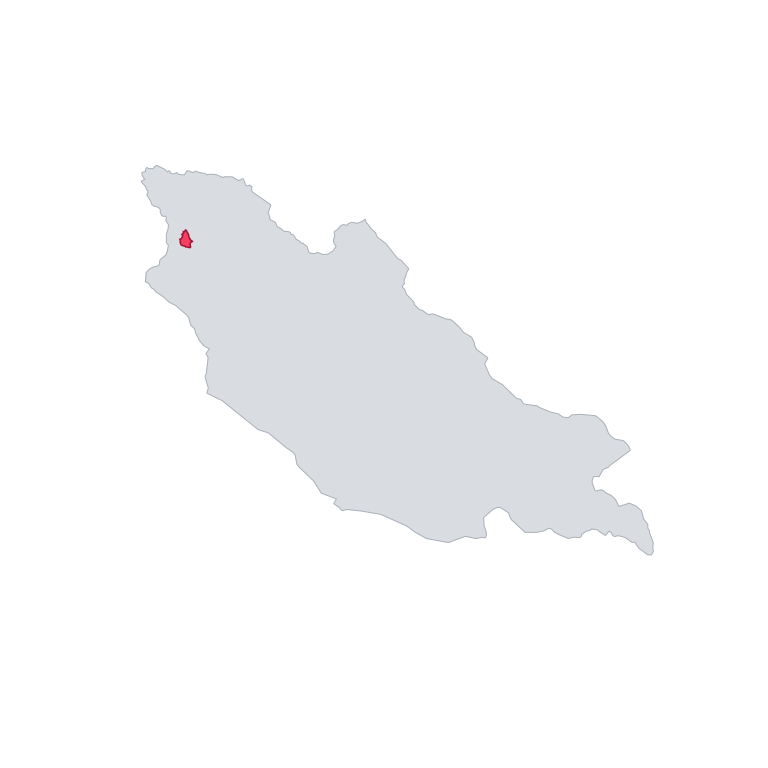 Duut, Hovd, Mongolia (highlighted), rotated 32°
{"feature_id": "93677404B66868147978654", "entity_name": "Duut", "entity_type": "district", "adm_level": 2, "iso_a3": "MNG", "parent_name": "Mongolia", "parent_adm1": "Hovd", "projection": "robinson", "projection_center": [91.265, 47.542], "detail": "fine", "context": "in_parent", "style": "filled", "palette": "rose", "viewbox_px": 768, "rotation_deg": 32, "n_neighbors": 0, "source": "geoboundaries", "source_scale": "gbopen_adm2", "svg_char_len": 4821}
<svg xmlns="http://www.w3.org/2000/svg" viewBox="0 0 768 768"><g transform="rotate(32 384 384)"><path d="M68.1,326.1L70.4,326.0L74.0,323.8L74.4,320.7L75.6,319.0L84.1,318.1L88.0,319.0L88.6,317.1L89.3,316.8L91.4,318.4L93.4,317.7L94.8,317.0L96.0,314.6L99.0,315.0L104.0,312.4L103.8,307.8L105.8,306.7L110.3,305.8L110.9,303.8L111.8,303.2L115.1,302.6L120.8,300.3L123.5,300.1L125.5,298.1L130.6,295.4L138.2,294.2L138.8,292.8L145.6,288.7L153.1,288.5L155.1,284.9L156.2,284.6L161.5,288.8L163.6,288.3L164.4,286.6L167.5,286.7L168.9,289.6L170.7,290.9L192.8,292.0L193.5,293.1L195.0,300.1L199.1,303.3L200.1,304.9L206.2,304.4L209.8,307.0L215.1,306.9L217.7,307.6L222.9,305.2L224.1,305.1L225.7,306.4L228.2,305.5L233.1,307.9L236.8,307.5L238.6,308.5L240.8,307.6L246.1,308.3L250.5,312.1L253.5,311.8L256.9,309.3L257.8,307.6L262.9,306.8L265.7,305.1L267.6,303.6L270.2,298.2L270.5,292.6L267.9,291.7L265.6,289.9L264.2,286.9L263.9,284.8L261.3,281.7L261.5,280.1L262.8,277.3L263.3,272.9L264.9,270.4L268.4,269.1L268.6,267.3L270.7,264.0L276.1,261.9L279.0,258.2L280.6,254.3L283.4,256.3L290.6,259.0L296.6,260.2L300.6,263.1L311.1,263.8L329.0,270.4L332.6,270.0L343.1,272.8L344.0,273.7L344.3,278.7L345.2,280.1L345.9,285.4L348.1,288.1L347.7,291.3L348.7,292.3L351.3,292.8L355.7,296.1L365.1,298.4L368.0,300.6L374.5,302.1L377.7,301.2L383.1,301.7L385.0,301.4L388.2,298.8L390.3,298.1L402.2,296.0L405.4,294.3L407.6,294.0L417.3,295.7L424.1,298.1L433.6,297.9L438.3,300.7L440.5,303.4L444.5,305.7L457.8,306.7L458.4,307.3L458.7,313.1L459.3,314.0L468.5,320.3L472.7,322.1L484.7,321.8L503.9,325.9L508.2,324.7L512.3,326.7L513.9,326.6L525.5,321.3L527.4,321.7L539.8,319.6L547.6,317.0L553.6,317.2L558.2,314.9L559.8,310.5L567.2,305.3L580.3,298.8L589.0,299.8L594.4,302.1L600.3,306.7L603.4,308.0L609.1,308.4L616.8,305.2L621.1,306.0L625.1,307.4L628.0,309.8L618.5,334.0L618.5,335.5L615.1,340.5L615.5,348.6L610.7,351.5L611.9,356.1L613.3,357.8L619.4,362.5L621.2,361.9L622.6,359.9L625.4,358.2L631.0,358.7L635.8,358.0L642.0,359.5L648.1,363.3L655.2,355.0L662.4,354.0L669.5,355.1L675.4,360.7L682.1,363.3L684.1,366.4L686.8,367.7L687.8,369.3L696.3,375.7L698.4,379.9L701.0,382.9L701.4,386.0L701.1,387.5L698.1,389.1L687.3,388.3L680.5,385.3L678.4,387.0L670.1,386.4L665.6,387.6L662.6,388.8L660.9,390.8L659.5,391.3L658.1,391.2L655.5,389.5L653.3,389.6L652.7,390.0L652.0,395.1L645.0,395.1L642.5,394.5L636.9,396.9L636.3,398.9L633.5,401.7L631.3,406.8L632.1,409.1L631.4,410.5L626.5,413.2L622.0,417.4L611.9,419.1L607.1,419.4L603.3,418.3L599.9,419.1L597.6,423.7L591.5,429.4L582.2,435.0L564.2,431.6L562.0,430.7L557.9,427.2L547.6,427.1L544.9,429.4L542.7,433.0L539.3,444.5L543.9,451.0L549.0,455.3L551.2,458.3L551.5,460.9L548.4,462.0L544.2,466.2L533.7,470.1L522.7,484.3L501.9,492.6L488.7,493.2L478.2,492.4L450.0,496.4L432.2,503.7L419.0,510.1L416.2,513.2L414.8,513.7L412.3,512.5L404.8,512.1L404.5,506.7L388.7,509.8L375.3,503.4L356.5,499.6L352.7,498.2L346.0,491.1L342.7,490.1L334.5,489.8L311.9,486.7L301.5,489.4L255.5,483.9L239.0,485.6L238.3,484.9L237.1,480.4L229.1,473.5L228.0,471.7L227.6,469.0L220.9,454.8L216.9,452.7L217.3,446.7L211.2,447.2L204.4,444.9L197.4,440.7L194.0,437.5L189.2,436.8L183.1,431.1L180.3,430.1L165.7,427.8L158.4,428.5L150.5,427.0L141.6,426.8L138.8,425.6L136.2,425.8L131.0,423.3L127.5,423.8L123.2,415.7L124.2,410.7L125.9,407.6L130.0,403.2L129.9,401.4L128.2,397.4L130.6,390.1L129.7,385.6L127.5,380.5L124.4,379.3L120.1,372.4L118.7,367.0L116.9,363.2L112.4,361.0L111.0,357.8L109.6,357.5L108.7,358.6L106.1,359.0L103.3,357.0L101.8,354.6L100.2,354.0L97.3,354.1L94.7,355.2L91.8,354.7L89.2,352.6L82.6,349.3L82.4,346.9L81.5,345.3L79.5,344.8L77.5,343.1L71.0,341.1L70.9,339.9L72.7,337.3L68.3,335.2L66.6,333.0L69.1,330.1L68.1,328.1L68.1,326.1Z" fill="#d9dde1" stroke="#a8b0b8" stroke-width="1"/><path d="M138.4,373.6L141.2,373.0L141.4,373.0L142.0,372.6L143.2,372.9L143.8,372.3L144.2,372.2L144.8,372.1L146.1,371.7L146.5,371.6L147.0,371.2L147.4,370.9L147.4,370.3L146.5,369.3L146.0,369.2L145.9,368.7L145.4,367.5L145.1,366.8L145.3,365.7L146.1,364.7L145.8,364.5L143.1,364.3L142.6,363.6L142.1,363.5L141.6,363.2L140.8,362.9L139.9,362.1L139.8,361.5L138.9,360.9L138.5,360.6L138.2,360.2L136.4,359.6L135.5,358.7L134.7,358.5L134.3,358.4L134.2,358.5L134.3,358.6L134.3,358.8L134.2,358.9L134.1,359.0L134.1,359.3L134.1,359.5L134.2,359.8L134.2,360.0L133.9,360.2L133.9,360.3L133.9,360.5L133.7,360.7L133.6,360.8L133.5,361.0L133.5,361.3L133.4,361.3L133.5,361.4L133.5,361.5L133.8,361.7L133.8,361.8L133.7,361.8L133.6,362.0L133.7,362.3L133.8,362.3L133.8,362.5L133.8,362.8L133.7,362.9L133.6,363.0L133.5,363.3L133.6,363.5L133.6,363.8L133.6,364.0L133.4,364.2L133.4,364.3L134.7,364.7L134.6,365.2L134.9,365.5L135.0,366.7L135.0,367.3L135.1,368.2L134.6,368.9L134.5,369.0L134.1,369.5L134.5,369.8L135.2,370.3L135.9,371.1L135.9,371.8L136.9,372.6L138.0,373.4L138.4,373.6Z" fill="#f43f5e" stroke="#9f1239" stroke-width="1.5"/></g></svg>